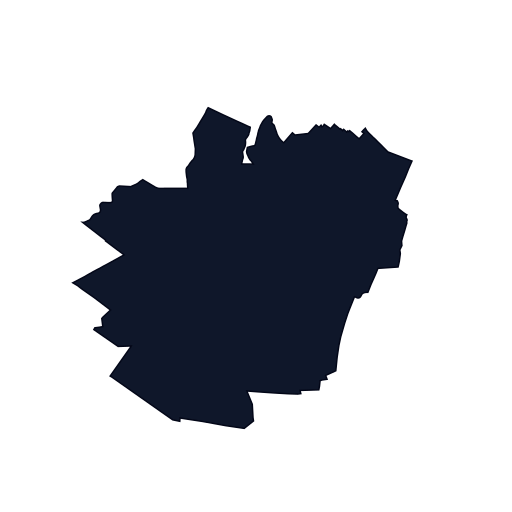 outline of Oarja, Arges, Romania, rotated 68°
{"feature_id": "2599482B29639056489125", "entity_name": "Oarja", "entity_type": "district", "adm_level": 2, "iso_a3": "ROU", "parent_name": "Romania", "parent_adm1": "Arges", "projection": "orthographic", "projection_center": [24.954, 44.771], "detail": "fine", "context": "isolated", "style": "filled", "palette": "ink", "viewbox_px": 512, "rotation_deg": 68, "n_neighbors": 0, "source": "geoboundaries", "source_scale": "gbopen_adm2", "svg_char_len": 5472}
<svg xmlns="http://www.w3.org/2000/svg" viewBox="0 0 512 512"><g transform="rotate(68 256 256)"><path d="M312.7,436.2L314.4,434.9L324.3,428.5L344.1,415.7L365.6,401.8L375.6,395.3L376.7,394.6L380.7,388.6L377.7,387.2L380.8,382.0L389.4,367.5L402.1,347.4L411.4,331.5L408.0,320.1L405.0,319.4L392.1,315.0L377.7,315.1L382.3,305.8L389.6,290.8L395.7,277.9L399.6,269.1L400.4,266.0L397.1,265.6L403.6,247.9L400.5,245.9L395.6,243.3L395.7,241.1L396.9,236.3L392.8,236.2L392.3,225.0L389.6,223.6L380.1,218.6L369.9,212.6L362.5,207.6L351.4,198.9L343.8,192.5L340.6,189.5L333.4,182.6L330.8,180.1L330.7,179.8L331.6,178.9L332.6,178.0L333.1,177.3L333.4,176.3L333.3,175.2L332.8,174.2L330.9,171.9L330.5,170.1L330.8,167.9L331.6,165.9L325.2,159.8L320.9,155.3L316.6,150.9L313.1,147.6L313.3,147.0L314.8,142.5L318.0,132.7L318.7,130.6L319.4,128.4L318.7,127.9L318.3,127.6L314.6,125.1L307.9,121.3L306.4,120.9L304.2,120.4L302.6,118.6L301.0,116.8L299.6,116.4L296.6,115.4L293.0,112.6L288.3,108.8L284.2,105.6L283.8,105.3L283.4,105.0L282.6,104.3L282.1,103.9L281.5,103.7L280.7,103.4L280.1,103.1L279.6,102.6L279.2,102.4L278.3,102.3L277.0,102.5L276.3,102.3L275.6,101.9L274.9,101.5L274.3,100.7L273.4,101.5L270.6,103.3L267.6,105.0L266.6,105.6L264.9,106.4L263.8,106.1L262.6,105.8L261.6,105.1L260.6,104.5L259.8,104.3L258.9,104.3L258.1,104.3L257.6,104.4L257.4,104.8L257.4,105.2L256.5,106.1L246.4,96.0L238.6,87.9L232.0,81.6L226.4,75.8L225.9,76.4L209.8,93.7L210.1,93.8L210.0,94.0L209.4,94.5L208.4,94.9L201.1,98.0L200.9,98.0L198.9,98.9L198.4,99.1L195.5,100.4L193.0,101.4L190.8,102.4L190.3,102.8L188.9,103.3L186.6,104.3L185.1,105.0L183.6,105.6L181.7,106.3L180.6,106.5L178.5,106.8L178.7,107.2L178.8,107.4L179.3,108.8L179.9,110.0L180.5,111.2L182.8,109.9L183.6,111.6L184.4,113.2L186.0,116.5L183.7,117.7L182.8,118.2L178.1,120.5L175.9,121.7L174.9,122.2L175.5,123.4L174.7,123.8L174.4,124.0L175.1,125.5L174.8,125.6L171.4,127.3L172.1,128.7L171.9,128.7L169.7,129.9L170.0,130.5L166.9,132.1L164.0,133.7L163.2,134.0L164.3,136.1L164.5,136.6L165.1,137.7L165.8,139.1L159.5,143.4L160.6,144.9L161.0,146.5L159.1,146.7L160.3,149.3L157.0,151.2L162.0,161.7L158.4,174.6L156.9,175.3L155.4,176.1L158.5,182.2L161.4,187.8L160.9,188.1L160.5,188.4L158.4,189.4L155.8,190.2L153.6,190.6L150.8,190.8L148.7,190.6L146.6,190.5L145.6,190.5L143.5,190.3L141.8,190.2L141.3,190.3L140.7,190.5L139.8,191.0L139.1,191.4L138.4,191.4L137.8,191.1L137.2,190.8L136.5,190.3L135.7,189.9L134.6,189.8L134.1,189.8L133.7,189.8L132.8,189.8L132.4,189.8L132.1,190.0L131.6,190.3L130.9,191.3L130.7,192.4L130.8,193.3L132.9,197.8L134.1,199.7L135.5,201.4L135.7,201.6L136.2,202.3L136.5,202.6L136.7,202.9L138.5,204.5L139.7,205.7L140.6,206.6L141.3,207.0L142.7,208.1L144.0,208.9L145.4,209.9L147.3,211.4L148.9,212.4L150.1,213.3L151.4,214.2L151.9,214.6L152.5,215.0L152.8,215.5L153.0,216.0L153.1,216.6L152.8,217.5L152.5,219.3L152.1,223.3L153.1,224.0L154.2,224.7L155.6,225.6L157.5,226.0L158.7,226.0L160.0,225.9L162.1,225.9L164.8,225.4L166.1,224.8L169.7,224.1L168.8,226.4L167.9,228.5L166.9,231.0L165.8,233.6L165.3,234.8L164.6,234.5L163.3,233.5L162.4,232.9L161.6,232.4L160.7,231.5L160.2,231.2L159.7,230.9L158.8,230.6L157.6,230.3L156.4,230.0L155.6,229.8L154.7,229.6L154.0,229.2L153.4,228.6L153.2,228.3L153.0,227.9L152.6,227.4L152.0,226.9L151.4,226.3L150.8,225.7L149.9,224.8L148.4,223.9L147.6,223.5L146.7,223.1L145.2,222.6L144.4,222.4L143.3,221.2L142.5,219.7L141.2,217.9L140.3,217.0L139.4,216.5L137.7,215.0L134.8,213.3L134.7,213.2L134.4,213.1L133.5,214.0L132.1,215.4L131.2,216.2L129.3,218.0L128.2,219.0L125.5,221.6L124.8,222.3L121.4,225.5L116.4,230.2L112.8,233.6L100.6,244.8L100.9,245.3L102.2,247.0L103.3,248.2L103.7,248.3L105.9,251.0L109.2,255.4L110.9,257.7L111.7,258.7L114.7,262.7L116.5,265.6L118.4,268.4L123.3,269.5L125.5,270.1L129.4,271.0L132.4,271.7L133.8,272.0L139.6,274.6L140.8,275.5L141.6,276.2L142.7,277.6L143.1,278.1L143.6,279.5L144.0,280.2L145.1,282.2L146.6,284.3L147.1,285.0L147.6,286.2L148.1,287.1L148.8,287.8L149.6,288.4L151.9,289.3L156.2,290.5L159.4,291.1L159.7,291.2L160.0,291.2L160.5,291.6L162.0,292.1L162.5,292.2L162.8,292.2L163.2,292.4L164.6,292.9L165.5,293.2L167.1,293.7L167.7,293.9L164.2,302.6L160.7,311.3L157.2,320.1L156.8,320.9L156.3,321.7L154.6,323.5L153.1,324.6L151.7,325.7L148.1,328.4L144.6,331.1L142.8,332.4L142.9,332.7L143.1,333.9L143.4,335.5L144.2,337.8L144.6,340.1L144.7,344.9L144.8,346.1L139.9,356.5L139.9,358.5L140.1,358.9L140.4,359.3L141.6,361.5L142.7,363.5L143.6,365.2L143.8,365.6L144.1,365.9L145.0,366.3L147.5,367.2L150.0,368.0L151.3,368.4L151.8,369.0L152.2,369.6L152.0,370.9L151.3,372.7L150.2,375.1L149.3,377.1L148.8,378.4L149.0,379.6L149.6,380.8L150.3,381.7L151.1,382.0L152.9,382.4L154.8,382.8L155.7,383.2L156.6,383.9L157.1,384.8L157.2,385.4L157.3,386.0L156.9,387.7L156.8,388.9L156.8,390.2L156.9,390.9L157.1,391.5L157.7,392.9L158.9,394.6L159.9,396.0L160.3,397.0L160.3,397.9L160.3,398.8L160.4,399.7L160.4,400.5L160.4,402.3L160.1,403.7L159.9,404.1L163.8,401.9L177.3,394.0L179.4,392.8L184.7,389.6L185.6,389.9L191.6,386.3L197.6,382.7L205.4,377.9L205.6,378.0L205.8,380.0L207.7,395.6L208.1,399.2L208.2,400.2L208.2,400.6L208.3,401.2L208.3,401.4L208.9,405.7L209.0,407.4L209.1,408.4L209.2,409.3L209.3,410.3L209.4,411.0L209.5,412.2L209.6,413.1L210.0,415.6L210.1,416.9L210.6,420.5L210.9,422.2L210.9,422.4L211.2,425.4L212.2,435.9L216.8,432.4L219.3,431.0L221.8,429.5L233.8,421.7L251.6,411.1L255.5,421.2L256.2,422.4L264.1,424.5L263.4,427.8L262.2,432.3L263.5,433.9L288.2,417.7L292.7,405.3L292.9,405.5L312.7,436.2Z" fill="#0f172a" stroke="#020617" stroke-width="1.5"/></g></svg>